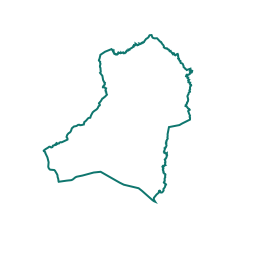 the district of Duc Co, Gia Lai, Vietnam, rotated 316°
{"feature_id": "81297802B6947069841891", "entity_name": "Duc Co", "entity_type": "district", "adm_level": 2, "iso_a3": "VNM", "parent_name": "Vietnam", "parent_adm1": "Gia Lai", "projection": "orthographic", "projection_center": [107.696, 13.77], "detail": "fine", "context": "isolated", "style": "outline", "palette": "teal", "viewbox_px": 256, "rotation_deg": 316, "n_neighbors": 0, "source": "geoboundaries", "source_scale": "gbopen_adm2", "svg_char_len": 5791}
<svg xmlns="http://www.w3.org/2000/svg" viewBox="0 0 256 256"><g transform="rotate(316 128 128)"><path d="M211.5,89.2L211.4,88.6L211.1,88.0L211.2,84.5L211.2,83.6L209.3,81.9L208.6,80.6L208.5,79.8L209.5,77.5L208.0,76.3L207.6,76.3L206.0,76.9L204.5,76.9L203.5,76.6L202.7,76.5L200.3,76.9L199.1,77.3L198.6,77.1L198.2,76.7L197.9,77.0L197.5,76.7L197.0,76.7L196.8,76.2L196.6,76.2L196.3,76.5L195.4,76.2L195.0,75.5L194.9,75.9L194.7,75.9L194.1,75.5L193.2,75.5L192.7,75.0L192.2,74.9L192.3,74.3L192.1,73.0L191.8,73.0L191.8,72.7L191.4,73.1L190.7,73.0L190.8,73.4L190.2,73.2L189.9,72.7L189.6,73.1L189.1,72.7L188.7,72.7L188.4,73.0L188.6,73.4L188.4,73.5L187.7,73.1L186.8,73.1L184.8,72.6L183.9,72.5L183.5,72.8L183.2,72.6L182.9,72.4L182.8,72.1L182.4,72.5L182.1,72.5L181.3,71.5L180.7,71.5L180.5,71.8L180.1,71.7L179.8,71.9L179.5,71.8L179.3,72.0L178.6,71.8L178.4,72.0L178.1,71.8L177.6,71.9L177.3,71.5L176.8,71.2L177.0,70.2L175.8,69.8L175.2,69.3L175.1,69.2L175.2,68.8L174.6,69.0L174.4,68.9L174.1,68.2L173.5,67.8L173.7,67.0L173.6,66.9L173.2,67.0L172.9,67.6L172.0,67.7L171.5,67.2L171.1,67.4L170.8,66.8L170.4,66.8L170.4,66.0L169.8,65.6L169.7,65.0L170.1,64.8L170.0,64.4L170.3,63.8L170.1,63.5L170.4,62.9L170.8,62.8L170.7,62.5L170.9,62.4L170.6,62.1L170.7,61.9L171.2,61.8L171.0,61.6L171.2,61.2L170.8,61.0L170.9,59.8L164.5,57.2L159.0,56.2L155.6,58.4L154.1,59.0L153.9,59.4L154.0,61.0L153.2,61.7L152.8,62.7L151.0,63.8L150.5,64.3L150.2,64.7L149.9,65.7L149.0,66.7L147.5,68.6L147.2,68.8L146.2,68.9L145.8,72.7L143.4,76.2L142.7,78.5L142.8,79.5L141.9,79.9L141.8,80.4L141.4,80.6L139.5,80.7L138.3,81.1L138.2,81.3L138.4,81.5L139.0,82.1L139.4,82.6L139.3,83.4L139.7,84.0L139.8,84.3L138.0,85.2L138.0,85.7L137.8,86.1L137.2,86.4L137.3,87.1L136.5,88.0L136.0,89.4L133.1,89.5L131.9,89.3L131.0,89.4L130.4,89.1L130.0,89.0L127.1,89.8L124.3,90.0L124.1,90.2L124.1,91.3L123.7,91.9L123.4,92.1L121.9,91.9L119.9,92.7L118.3,92.8L115.5,92.3L113.5,92.2L110.1,93.3L108.0,94.4L107.0,93.6L106.0,93.3L102.8,93.6L100.5,93.4L99.9,94.0L98.6,94.8L98.0,94.3L96.8,93.8L96.1,93.1L95.5,92.8L95.2,91.8L94.3,91.1L92.5,90.8L91.4,90.2L90.3,89.4L87.7,89.2L87.2,89.3L85.2,90.4L83.8,90.8L82.7,90.8L82.2,90.6L81.3,90.5L79.6,90.7L77.6,91.7L77.4,92.1L77.3,93.3L76.7,94.1L76.4,94.3L70.3,92.2L69.8,91.5L68.8,91.0L68.5,90.9L68.1,91.1L67.7,91.2L66.6,90.5L66.1,90.4L66.0,90.2L66.3,89.7L66.2,89.2L65.9,89.2L65.2,90.0L64.8,90.2L64.1,89.9L64.1,89.3L62.6,89.1L62.0,88.6L61.5,88.6L60.8,89.1L60.3,89.2L59.2,88.6L59.0,87.6L58.4,86.8L58.1,86.7L56.9,86.6L53.9,85.9L51.7,85.7L51.5,85.9L51.4,86.3L51.7,87.1L51.6,88.0L51.2,88.4L49.6,93.2L47.1,97.5L43.8,100.4L43.2,101.4L42.9,103.2L43.0,103.7L43.5,104.4L45.6,106.8L45.8,107.2L45.8,108.0L44.9,111.7L44.5,112.9L43.3,114.4L42.5,116.1L40.8,118.4L40.8,118.6L41.3,118.9L47.5,123.4L50.8,126.0L51.6,126.4L52.8,126.7L55.6,126.9L56.4,127.1L57.4,127.5L62.1,130.5L72.4,136.2L77.9,140.5L84.0,161.4L85.6,165.9L93.8,178.7L94.4,182.9L95.5,196.9L95.8,198.6L96.3,199.8L96.4,199.2L96.6,198.8L96.8,197.4L98.2,196.2L102.3,195.7L105.7,195.9L106.2,195.0L106.7,194.8L107.2,195.0L107.4,195.4L107.2,195.8L106.8,196.5L106.8,197.2L107.3,197.7L107.8,198.0L108.9,198.0L110.2,197.7L111.1,196.5L112.2,196.4L113.9,196.0L115.0,195.1L116.0,195.2L116.2,194.7L115.9,193.1L115.9,192.1L116.2,191.9L117.0,192.0L117.4,191.5L118.0,191.3L118.4,190.6L119.0,190.2L119.3,189.7L120.6,189.3L121.4,188.2L122.4,187.7L122.7,187.3L122.7,186.8L122.4,185.9L122.6,185.4L122.5,184.7L123.5,183.9L123.5,183.0L124.1,182.7L124.4,181.8L124.7,181.7L125.2,181.8L125.4,181.7L125.8,179.9L125.9,179.7L126.9,179.5L127.1,179.7L127.0,180.2L127.1,180.5L128.2,180.4L129.1,180.7L129.0,180.0L130.7,179.0L130.8,178.4L131.4,178.3L131.7,178.0L132.5,176.3L133.1,176.5L133.7,176.0L134.6,176.1L136.2,175.3L136.7,174.6L137.3,174.7L137.5,174.4L137.5,173.4L138.4,173.2L138.6,173.0L137.8,172.8L137.3,172.3L137.5,171.2L137.0,171.3L136.9,171.2L137.2,170.7L137.2,170.1L140.1,168.7L140.3,168.0L140.8,168.2L141.3,167.9L141.7,168.2L143.5,167.4L144.2,166.3L144.3,165.7L145.0,165.6L145.4,164.6L146.2,164.6L146.7,163.9L147.4,163.8L148.0,163.4L149.1,163.3L149.6,162.7L149.8,162.1L151.0,161.3L152.1,160.0L158.1,155.8L167.0,161.6L170.2,162.4L178.4,165.0L179.7,163.8L180.0,162.8L181.1,162.3L182.1,159.6L182.7,158.7L182.8,157.9L183.5,157.4L184.5,157.6L185.0,157.8L185.1,157.7L185.2,156.8L184.8,155.4L185.1,154.2L184.9,152.7L184.6,152.2L185.4,151.6L186.2,151.9L187.0,151.3L187.7,151.2L188.2,150.6L189.1,150.6L189.7,150.4L191.0,149.4L191.8,148.2L192.8,146.4L193.9,145.9L195.1,145.7L195.6,145.2L196.3,144.8L196.8,144.8L197.8,145.0L198.0,144.7L198.4,143.5L199.6,143.3L200.3,142.3L201.4,141.5L202.3,141.3L203.0,141.3L203.2,141.1L203.3,140.9L202.9,140.7L202.7,140.5L203.1,139.9L203.1,139.1L203.3,138.9L204.2,138.5L203.3,137.1L204.2,136.5L204.1,135.9L204.2,135.7L205.4,135.7L205.2,135.1L205.6,134.4L205.5,133.3L205.7,133.2L206.2,133.2L205.9,132.6L206.1,132.1L206.1,131.8L205.7,131.1L206.8,130.5L207.4,130.5L207.6,130.8L207.6,131.5L208.2,131.5L209.8,132.1L211.1,131.2L211.6,131.2L211.8,131.4L211.3,131.8L212.3,132.3L213.0,132.1L213.9,131.5L213.5,130.6L212.5,129.8L213.8,129.1L214.1,128.7L210.5,127.1L210.6,126.3L210.3,125.3L210.5,124.0L210.3,123.2L210.3,122.8L211.1,121.9L211.9,119.8L211.7,118.9L211.1,118.0L211.1,117.7L211.2,117.4L212.3,116.3L212.3,116.1L211.8,115.6L212.1,114.5L212.7,113.8L212.3,113.2L212.3,112.8L213.2,112.4L213.5,112.0L213.8,111.2L214.6,110.5L215.2,109.2L214.8,108.9L213.2,108.8L212.5,108.6L212.4,108.1L212.8,106.7L211.8,106.6L211.5,106.3L211.6,106.1L212.5,105.5L212.4,105.3L211.7,104.9L211.9,103.7L211.8,102.6L212.2,102.1L212.0,101.9L211.5,101.8L211.3,101.7L211.4,101.1L211.7,100.4L211.8,99.9L211.3,99.1L211.5,98.1L211.3,97.8L210.9,97.8L210.7,97.6L210.7,96.9L210.1,96.4L209.8,94.8L209.9,94.7L210.4,94.4L210.9,93.3L211.0,92.8L210.9,91.9L211.3,90.1L211.2,89.5L211.5,89.2Z" fill="none" stroke="#0f766e" stroke-width="2"/></g></svg>